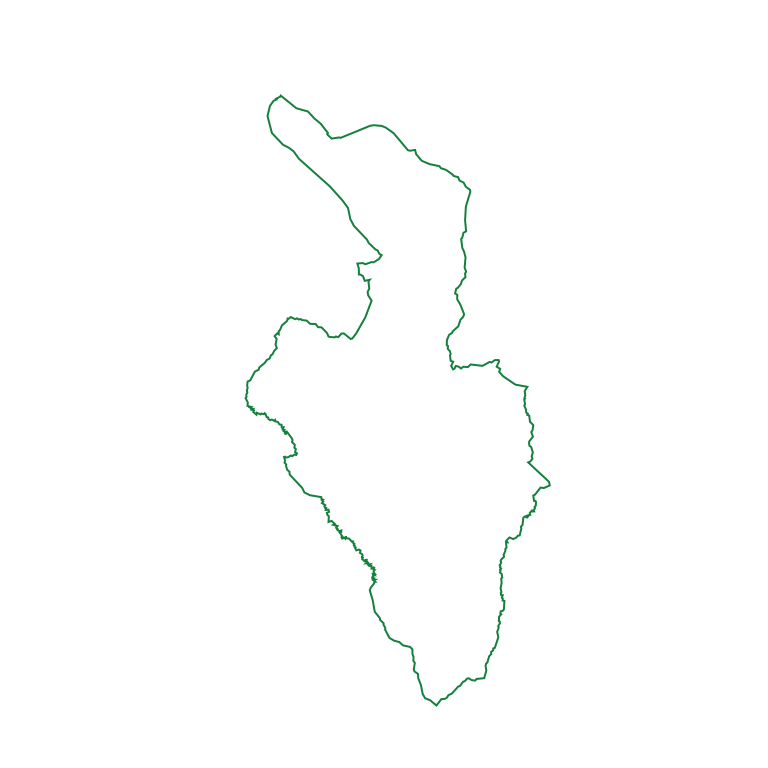 Kishapu, Shinyanga, United Republic of Tanzania, rotated 43°
{"feature_id": "72390352B32869277898143", "entity_name": "Kishapu", "entity_type": "district", "adm_level": 2, "iso_a3": "TZA", "parent_name": "United Republic of Tanzania", "parent_adm1": "Shinyanga", "projection": "mercator", "projection_center": [33.788, -3.68], "detail": "fine", "context": "isolated", "style": "outline", "palette": "green", "viewbox_px": 768, "rotation_deg": 43, "n_neighbors": 0, "source": "geoboundaries", "source_scale": "gbopen_adm2", "svg_char_len": 6141}
<svg xmlns="http://www.w3.org/2000/svg" viewBox="0 0 768 768"><g transform="rotate(43 384 384)"><path d="M110.1,252.2L110.9,258.3L116.0,267.4L130.8,276.9L147.1,277.9L153.2,276.1L159.2,275.5L168.2,277.3L209.7,276.4L228.7,278.1L237.6,279.8L247.0,286.4L254.3,288.9L273.0,290.0L276.7,291.3L286.0,291.4L288.2,290.7L292.0,292.0L294.4,291.4L295.1,296.0L293.4,302.1L291.8,303.3L288.6,309.2L286.0,310.0L282.4,314.1L286.7,316.6L291.0,321.0L292.2,320.0L295.2,319.5L299.5,321.7L302.5,317.5L302.7,319.6L308.2,324.3L309.3,327.9L311.9,329.9L318.1,331.5L324.9,348.1L329.2,366.1L329.8,372.4L328.9,373.8L320.2,374.4L318.5,376.1L318.6,380.9L316.4,382.1L316.1,383.5L312.5,386.4L311.0,387.1L307.6,385.6L299.7,385.2L297.0,387.4L293.1,386.7L288.9,390.4L284.1,390.4L280.4,393.2L278.8,393.3L277.5,395.1L275.6,395.3L274.9,397.1L270.1,398.7L269.7,401.6L268.9,401.9L270.1,403.9L269.4,410.7L271.1,415.5L271.0,417.2L273.1,419.4L271.4,419.7L271.3,423.6L274.8,424.3L277.9,429.2L281.2,430.9L281.1,434.7L282.2,438.2L281.7,440.1L283.0,443.4L281.9,446.4L282.4,450.1L281.5,457.0L282.6,459.0L281.1,463.0L283.7,472.5L282.6,475.3L285.0,478.5L286.9,479.8L288.2,482.4L289.7,483.2L290.7,486.0L292.2,487.1L292.4,488.7L297.0,490.4L299.1,493.1L302.4,491.4L302.0,492.6L304.0,491.9L303.9,493.0L304.6,493.4L305.6,491.6L305.8,492.3L307.0,492.0L307.4,493.6L311.6,493.4L310.6,491.8L314.5,490.4L314.5,489.2L316.8,488.0L316.6,486.8L318.0,486.8L320.7,488.2L322.1,487.5L323.2,488.4L325.4,488.1L326.2,486.5L328.8,485.8L328.9,484.6L330.0,485.4L332.4,484.1L335.0,484.9L336.8,483.7L338.9,485.5L340.0,484.1L341.0,486.4L342.4,485.5L342.7,486.8L344.4,486.1L344.6,487.3L345.8,487.8L346.4,487.2L345.8,485.2L353.2,486.5L355.4,487.3L356.3,489.2L360.2,489.3L361.9,491.7L363.9,491.7L365.5,494.5L367.7,494.1L368.2,495.7L366.4,497.0L366.2,499.3L364.6,499.9L363.9,502.7L362.1,505.0L361.1,504.7L360.6,505.5L363.6,507.3L365.0,509.4L367.4,509.5L368.2,510.7L371.8,512.8L374.6,512.6L376.8,514.6L395.1,515.8L399.7,517.6L405.6,515.9L415.3,509.5L416.7,510.8L418.3,510.2L418.1,511.4L419.9,511.5L419.9,513.4L423.7,512.7L423.8,514.0L425.2,514.8L426.3,514.1L427.2,515.9L429.1,513.8L431.0,515.0L430.1,517.2L431.7,518.3L433.8,518.3L437.5,522.7L439.0,519.9L443.6,519.9L443.0,521.6L446.9,519.6L447.0,521.8L449.0,521.7L449.2,522.5L451.6,522.2L452.7,520.2L453.7,521.5L453.0,522.9L457.7,523.9L457.4,525.0L458.9,525.5L460.0,523.5L461.0,523.5L460.2,522.4L460.6,521.8L461.5,522.6L464.1,520.8L467.2,521.2L468.7,520.3L468.9,521.3L471.4,521.1L471.7,522.4L472.8,522.2L473.4,523.2L474.8,522.9L475.1,523.8L477.2,524.5L478.7,522.1L480.4,521.8L481.5,523.9L484.0,523.4L485.2,523.9L485.9,525.3L485.2,526.0L486.9,525.4L487.3,526.9L490.4,526.9L490.3,525.4L491.2,524.5L491.9,526.1L492.6,525.3L493.9,525.6L493.5,527.1L494.7,525.9L495.4,526.9L496.4,525.7L496.2,526.8L497.3,527.2L498.6,525.4L500.7,527.4L501.5,525.2L502.2,525.2L502.0,526.6L503.9,526.3L503.6,527.3L504.9,528.7L507.0,529.1L505.8,530.1L507.3,530.3L506.1,531.1L507.6,532.1L507.2,533.3L508.2,534.3L509.4,533.1L509.7,534.5L510.9,533.4L510.6,534.4L512.5,534.5L511.7,535.3L512.7,536.4L513.2,542.0L514.3,544.6L523.0,549.7L532.6,556.9L540.5,558.0L542.0,559.2L547.0,559.3L547.7,560.3L551.5,561.6L552.3,562.9L561.2,566.0L566.5,564.8L571.2,562.3L576.2,562.2L582.4,558.5L585.7,558.7L589.1,562.2L591.7,563.4L594.2,566.4L596.8,567.0L600.4,572.4L602.2,573.4L606.6,572.9L609.8,575.9L616.3,579.0L623.7,584.3L628.4,585.8L633.4,583.8L641.6,583.4L640.9,575.3L643.2,572.9L643.9,570.5L643.3,567.7L644.8,564.0L644.6,554.6L645.5,553.0L644.9,547.7L645.7,546.4L645.7,542.6L646.8,541.4L650.0,540.8L652.9,538.8L652.9,536.5L657.9,530.8L654.3,523.8L650.6,521.0L649.4,518.9L649.5,517.1L646.6,511.5L646.6,508.4L645.0,506.8L645.5,504.3L644.2,502.9L645.0,501.4L640.3,491.2L635.8,488.1L634.1,484.0L632.7,483.3L631.9,479.8L630.6,478.8L629.7,479.1L626.9,475.7L626.8,472.5L625.7,472.6L624.4,470.6L625.6,468.6L625.4,467.1L620.0,460.5L618.4,461.5L617.1,459.8L616.0,460.0L614.8,457.5L613.5,458.4L612.0,457.3L611.8,456.1L608.7,454.0L605.8,449.4L602.5,446.4L602.5,445.0L599.8,442.7L597.3,442.7L596.7,441.2L595.7,441.0L595.5,439.1L594.1,439.1L593.6,438.0L592.3,437.8L591.6,434.8L590.0,433.9L589.4,432.2L589.7,428.7L588.0,427.3L586.5,423.1L585.2,421.8L585.2,420.1L581.1,416.5L582.3,415.6L580.3,415.0L580.4,410.7L584.2,409.3L585.5,406.2L585.4,403.6L586.5,402.2L582.9,395.9L581.5,395.1L581.4,392.5L577.2,387.0L577.1,385.5L578.2,383.5L579.0,384.4L579.8,383.9L579.6,382.2L578.8,382.0L580.2,380.0L578.6,379.0L578.5,375.4L579.2,375.0L579.8,375.7L580.7,374.8L579.6,374.3L579.1,371.8L578.0,371.3L578.0,369.5L575.6,366.6L574.5,366.2L573.4,367.1L569.2,363.7L569.9,362.0L569.1,353.0L571.9,351.0L574.4,345.2L571.6,343.1L570.0,343.0L542.9,343.0L543.8,341.1L543.6,337.5L541.5,336.4L539.6,332.6L534.6,329.7L532.5,330.0L530.4,328.3L529.4,327.0L528.8,320.9L524.5,318.7L524.1,316.4L521.2,312.2L516.6,312.1L511.8,308.1L509.9,308.8L509.6,307.7L507.5,307.9L505.3,305.9L501.4,304.2L500.9,302.6L497.1,299.6L497.1,298.5L496.2,298.4L495.0,295.8L491.8,293.4L490.8,288.3L480.6,294.8L465.9,297.1L459.9,296.5L458.6,293.7L454.6,294.5L452.7,288.9L451.5,288.3L448.7,291.0L448.0,294.9L446.2,295.8L443.7,303.5L434.1,310.6L433.8,314.4L430.2,317.3L429.8,320.1L426.7,320.4L424.2,321.9L425.1,324.7L424.6,326.2L420.8,325.0L419.4,320.5L417.0,321.6L412.7,318.0L412.3,316.6L410.0,315.1L406.6,314.8L404.9,312.6L403.4,312.8L400.0,308.9L398.1,303.6L398.9,300.2L398.3,298.6L399.0,291.2L396.1,284.8L396.1,281.1L395.1,278.4L385.8,273.9L379.7,272.1L376.8,268.8L374.2,269.3L371.8,265.0L372.4,263.4L372.1,258.6L370.5,255.1L370.7,250.3L368.0,248.0L367.6,246.0L363.5,243.8L357.4,235.9L352.3,232.6L348.5,231.1L341.5,225.3L341.5,223.7L339.0,219.2L339.9,216.3L331.6,208.9L322.8,198.3L316.1,184.6L314.6,183.4L309.1,183.9L304.9,182.4L300.3,183.7L297.2,182.2L292.9,184.4L291.7,184.0L283.3,185.1L278.4,187.4L276.0,186.9L267.4,192.1L259.5,195.0L250.8,194.0L247.1,191.6L243.9,195.7L242.0,196.7L220.1,194.0L210.4,195.3L206.4,196.8L200.0,201.7L197.7,204.7L184.4,233.6L183.0,234.3L178.4,240.2L173.1,240.2L171.9,239.9L171.8,238.6L160.0,236.8L152.2,237.3L142.5,236.6L131.8,242.1L111.8,243.5L112.1,244.7L110.5,249.0L111.4,249.2L110.1,252.2Z" fill="none" stroke="#15803d" stroke-width="2"/></g></svg>